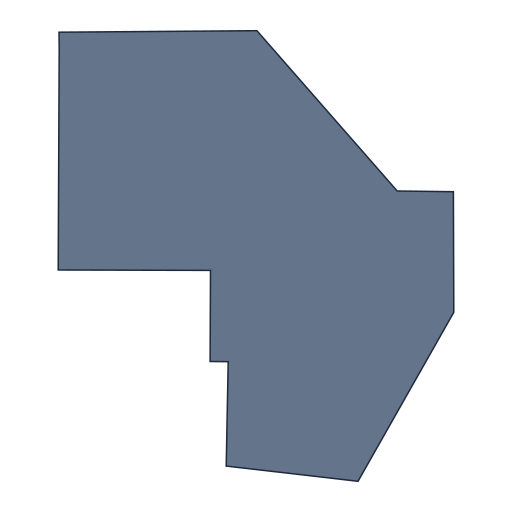 Cameron, Pennsylvania, United States of America (Robinson projection)
{"feature_id": "52423323B90482699939397", "entity_name": "Cameron", "entity_type": "district", "adm_level": 2, "iso_a3": "USA", "parent_name": "United States of America", "parent_adm1": "Pennsylvania", "projection": "robinson", "projection_center": [-78.213, 41.418], "detail": "fine", "context": "isolated", "style": "filled", "palette": "slate", "viewbox_px": 512, "rotation_deg": 0, "n_neighbors": 0, "source": "geoboundaries", "source_scale": "gbopen_adm2", "svg_char_len": 281}
<svg xmlns="http://www.w3.org/2000/svg" viewBox="0 0 512 512"><path d="M256.9,30.7L59.0,32.2L59.2,48.7L58.2,270.0L210.5,270.4L210.1,361.5L228.2,361.7L226.2,466.1L358.0,481.3L453.8,312.3L453.4,191.7L397.2,191.0L256.9,30.7Z" fill="#64748b" stroke="#1e293b" stroke-width="1.5"/></svg>